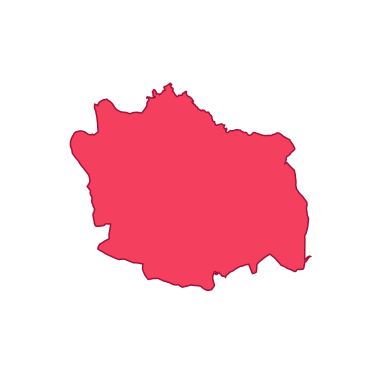 Antsirabe I, Vakinankaratra, Madagascar, rotated 142°
{"feature_id": "10022922B38771191417556", "entity_name": "Antsirabe I", "entity_type": "district", "adm_level": 2, "iso_a3": "MDG", "parent_name": "Madagascar", "parent_adm1": "Vakinankaratra", "projection": "robinson", "projection_center": [47.02, -19.882], "detail": "fine", "context": "isolated", "style": "filled", "palette": "rose", "viewbox_px": 384, "rotation_deg": 142, "n_neighbors": 0, "source": "geoboundaries", "source_scale": "gbopen_adm2", "svg_char_len": 6091}
<svg xmlns="http://www.w3.org/2000/svg" viewBox="0 0 384 384"><g transform="rotate(142 192 192)"><path d="M152.5,63.1L151.8,62.9L150.8,63.2L145.9,67.6L145.1,66.9L144.4,67.2L139.8,68.6L138.3,68.2L138.5,68.8L139.6,69.4L140.8,69.5L144.7,69.1L143.0,71.7L134.0,82.9L131.2,86.5L130.5,87.9L128.6,88.9L127.8,89.0L126.5,90.2L124.8,91.2L124.4,91.7L122.9,92.8L121.6,94.0L116.7,99.1L116.0,100.7L115.4,103.0L114.5,104.2L112.7,107.4L112.2,108.2L110.7,109.9L109.3,111.0L107.8,113.3L107.6,120.7L108.0,123.3L107.9,123.8L108.2,124.3L107.8,129.9L106.1,133.4L103.9,135.9L99.8,142.5L98.0,146.1L98.8,151.4L99.2,156.8L101.2,157.0L99.8,158.2L97.8,159.6L97.0,160.7L95.6,161.6L94.4,161.4L92.0,161.3L89.6,162.0L85.0,162.3L84.2,163.1L84.0,163.6L83.9,165.1L83.5,166.4L83.3,167.8L83.2,171.8L83.1,172.4L82.8,173.0L84.0,175.5L85.7,179.5L86.2,182.0L87.2,184.9L87.9,185.6L89.0,186.3L91.4,186.6L92.9,187.5L94.5,187.7L95.5,188.2L96.7,189.4L98.7,190.6L101.4,193.1L103.1,195.6L103.5,196.4L104.8,198.1L105.2,199.0L106.4,200.7L107.1,201.1L110.3,200.6L111.2,200.9L111.9,201.4L112.5,202.1L112.6,204.7L112.8,205.5L113.2,206.0L114.0,206.5L114.6,207.2L114.8,207.9L115.6,209.2L115.8,210.4L115.8,210.9L117.2,212.3L117.5,212.8L118.1,213.3L119.2,214.0L121.3,214.7L122.2,215.2L123.0,215.7L123.6,216.5L124.0,216.8L126.8,216.8L127.6,216.9L127.9,217.2L128.1,218.0L127.9,219.4L127.6,219.9L127.3,219.4L126.5,219.6L125.6,220.8L125.9,221.1L126.6,221.3L127.2,221.9L127.4,222.3L127.2,223.3L126.5,223.8L125.2,224.4L125.1,224.7L125.8,225.1L126.2,225.6L126.7,227.4L130.1,228.9L131.1,229.1L131.9,229.8L132.0,230.3L131.7,232.1L131.4,233.0L131.0,233.4L131.6,234.0L131.8,234.4L131.7,235.9L130.7,238.1L129.9,239.5L129.8,240.3L130.3,242.5L129.8,244.5L130.3,245.2L131.1,245.5L131.9,246.4L132.2,248.9L133.4,250.2L134.0,249.9L134.6,250.3L135.0,251.2L135.2,252.1L136.0,253.5L135.7,254.3L135.8,256.6L136.2,257.3L136.2,258.1L136.0,258.7L136.0,259.4L136.9,261.5L136.9,262.0L136.3,262.9L135.8,262.4L135.4,262.2L135.2,262.3L134.9,263.5L134.8,265.3L134.8,266.1L135.4,268.6L136.5,270.6L136.1,272.8L135.4,273.7L134.6,274.3L134.6,274.6L135.2,275.1L136.5,275.1L136.9,275.3L137.7,275.0L138.1,275.0L138.7,275.4L139.3,275.1L140.0,274.5L140.3,274.5L141.2,275.2L142.0,275.6L142.7,276.4L143.2,276.4L144.5,276.0L144.8,276.1L145.2,276.5L145.3,277.1L145.3,279.9L145.0,281.5L145.2,282.3L145.0,283.0L145.1,283.8L144.3,284.0L144.0,284.2L143.8,284.9L143.2,285.3L143.2,285.7L144.0,286.9L143.9,288.1L143.5,288.5L142.1,288.9L141.9,289.2L141.9,289.7L142.1,290.1L142.2,291.1L142.5,291.2L142.9,290.5L143.3,290.5L143.7,291.1L145.1,291.1L148.0,291.5L148.5,291.9L149.3,292.0L149.7,291.7L149.8,291.3L149.9,290.6L150.2,290.2L150.1,289.3L150.3,288.7L150.9,288.8L151.6,289.0L152.2,289.6L152.8,289.2L154.4,288.7L155.5,288.7L155.9,288.5L156.4,288.4L156.7,288.7L157.7,288.8L157.6,289.5L158.1,289.8L158.7,290.5L159.5,291.0L159.4,291.5L158.8,292.2L158.5,294.9L158.9,296.0L159.6,296.2L159.8,296.1L160.5,295.4L161.6,295.2L161.8,294.9L161.9,293.7L162.4,293.3L162.6,292.6L163.4,291.8L163.5,291.3L163.3,290.7L162.7,290.4L162.5,290.1L162.6,289.4L162.8,289.3L164.0,289.6L164.6,289.9L165.1,290.7L166.3,291.1L166.5,291.3L167.0,292.7L167.9,293.5L168.5,294.4L169.1,294.5L169.5,294.3L169.7,293.8L169.2,293.8L168.8,293.5L168.7,293.0L169.1,291.5L169.7,291.0L170.9,290.7L172.6,290.0L173.8,288.4L174.8,287.7L176.2,287.0L180.2,285.8L183.2,285.2L185.6,288.1L188.6,290.3L190.1,291.0L191.9,291.5L192.7,292.0L193.5,292.9L195.0,295.3L198.6,298.7L199.9,301.1L200.8,303.7L200.9,305.7L200.7,307.9L200.4,310.3L200.7,313.3L201.7,315.8L201.9,317.5L203.6,318.2L204.6,319.0L205.8,319.3L208.4,319.8L210.9,319.5L211.9,319.0L212.9,318.1L213.7,319.8L214.7,321.1L215.9,319.8L217.1,318.1L218.1,314.9L219.1,313.1L220.7,309.8L223.8,304.8L226.8,300.4L228.0,298.4L229.2,297.1L234.1,297.3L234.8,298.8L236.3,299.2L237.3,300.0L237.9,300.7L238.6,301.9L238.9,303.6L240.0,306.3L242.3,308.8L243.7,309.7L245.3,310.2L246.9,310.9L248.5,310.8L253.4,308.7L254.9,307.8L256.9,306.3L259.3,303.3L260.9,298.8L262.1,296.9L262.5,294.8L262.6,292.4L262.4,286.3L262.8,283.8L262.9,281.3L262.8,274.6L262.9,268.7L265.0,264.5L265.8,263.3L266.9,262.5L267.5,262.2L271.3,260.8L271.1,258.7L271.2,257.0L271.1,256.2L271.2,255.8L272.0,254.6L272.7,254.1L273.3,253.2L273.8,251.7L273.5,251.2L273.9,250.4L273.9,249.7L274.2,249.2L274.6,248.9L274.7,248.5L275.2,247.9L276.4,247.0L276.7,246.5L276.9,245.9L277.6,244.7L277.7,243.0L278.5,242.2L278.7,241.5L278.7,240.1L279.1,239.0L279.4,238.8L279.6,238.0L280.6,237.5L281.7,236.3L282.9,236.2L283.5,235.4L284.0,235.1L284.3,234.7L285.2,233.0L285.2,232.6L286.0,231.7L286.1,231.2L287.2,228.9L287.9,228.0L288.2,227.5L288.2,226.6L288.8,225.7L288.8,224.6L288.2,223.7L287.2,222.8L282.4,220.0L281.4,219.8L279.5,220.0L278.3,219.0L277.5,218.2L276.6,217.6L275.9,216.8L277.5,215.1L283.4,209.8L286.0,206.2L290.6,207.0L294.4,207.3L296.6,207.7L299.4,206.6L301.2,205.2L300.5,202.5L299.2,199.8L298.2,196.8L294.3,189.1L291.9,184.9L290.9,183.6L287.4,181.5L286.3,180.3L281.7,172.3L278.8,169.9L276.9,167.6L275.0,165.7L278.4,161.7L279.3,159.2L280.2,155.7L280.4,150.6L280.2,149.9L275.6,147.6L273.7,146.0L272.1,145.1L268.8,138.9L267.7,137.7L266.5,135.5L265.6,134.9L264.9,132.8L262.9,129.6L261.9,128.7L260.1,127.6L259.6,126.9L259.4,125.7L258.3,123.0L249.9,119.2L247.2,116.4L244.0,113.6L243.1,112.0L242.4,108.9L241.4,106.5L240.3,105.0L239.5,104.4L238.2,103.7L236.6,103.0L232.2,104.3L231.6,104.8L230.4,108.0L229.2,110.6L228.2,112.2L227.4,112.9L225.9,113.9L223.6,115.3L223.0,115.4L222.0,113.3L222.1,113.0L223.3,113.4L223.8,113.4L224.1,113.2L224.2,112.9L224.0,112.5L223.6,112.3L223.2,111.7L222.2,111.8L220.4,112.2L220.5,110.9L220.4,110.4L219.8,109.6L220.2,108.4L220.0,107.2L219.6,106.6L219.0,106.3L218.0,104.6L218.0,104.2L216.5,105.2L213.3,105.3L212.6,105.4L212.0,105.6L208.4,104.7L205.1,104.6L200.1,103.8L197.1,102.3L195.2,101.9L191.8,100.2L194.6,90.5L192.5,89.6L191.3,89.4L190.5,89.4L187.5,92.5L186.1,94.4L185.4,95.0L184.5,95.2L184.1,95.4L182.5,95.6L175.4,95.7L172.1,95.5L168.9,95.1L167.3,88.9L166.8,79.4L164.9,76.1L163.9,73.1L161.8,69.8L160.1,66.1L159.0,65.6L157.6,66.1L156.4,65.9L154.2,64.2L152.5,63.1Z" fill="#f43f5e" stroke="#9f1239" stroke-width="1.5"/></g></svg>